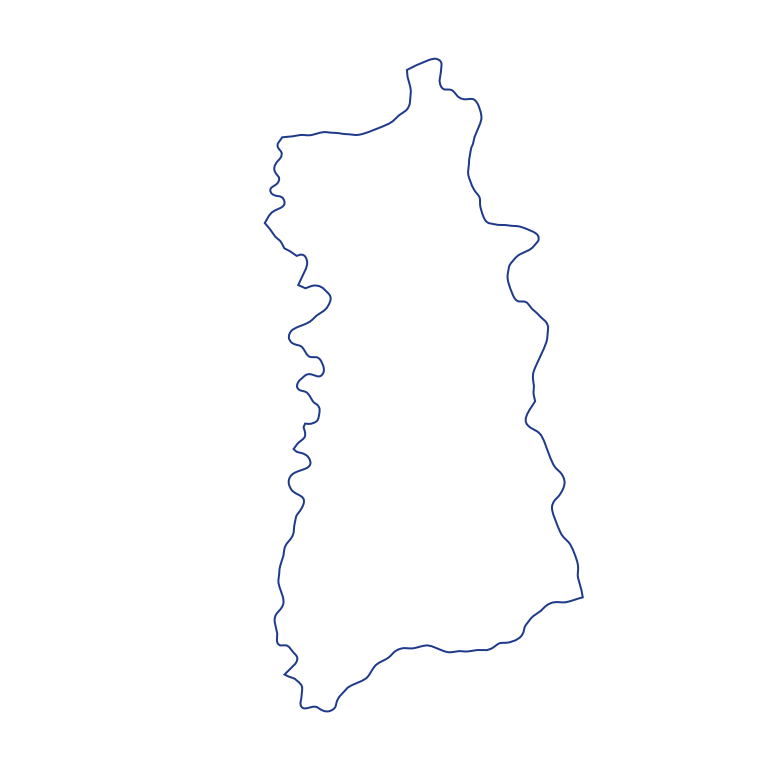 the district of Mao, Valverde, Dominican Republic, rotated 249°
{"feature_id": "3306468B69236034460520", "entity_name": "Mao", "entity_type": "district", "adm_level": 2, "iso_a3": "DOM", "parent_name": "Dominican Republic", "parent_adm1": "Valverde", "projection": "orthographic", "projection_center": [-71.031, 19.524], "detail": "fine", "context": "isolated", "style": "outline", "palette": "blue", "viewbox_px": 768, "rotation_deg": 249, "n_neighbors": 0, "source": "geoboundaries", "source_scale": "gbopen_adm2", "svg_char_len": 6151}
<svg xmlns="http://www.w3.org/2000/svg" viewBox="0 0 768 768"><g transform="rotate(249 384 384)"><path d="M98.6,384.9L98.5,388.8L98.8,391.4L100.3,396.7L100.6,398.8L100.2,400.9L98.3,406.4L97.8,409.2L97.6,415.1L98.4,419.4L99.5,421.9L100.9,423.8L102.6,425.5L106.4,428.0L107.9,429.6L112.3,436.7L113.8,440.1L116.0,449.1L118.5,454.7L119.5,458.4L119.6,462.4L119.2,465.0L118.4,467.4L115.9,472.9L115.1,475.6L114.5,480.0L114.0,489.1L113.6,493.1L120.3,494.4L133.6,495.7L136.3,496.4L141.8,499.0L144.3,499.9L148.5,500.7L154.3,501.0L161.6,501.0L167.3,500.4L170.0,499.7L176.7,496.7L179.5,495.9L182.4,495.5L188.4,495.2L197.6,495.2L202.1,495.3L206.4,495.9L207.8,496.3L210.3,497.4L213.0,499.9L214.4,501.9L216.5,506.5L217.9,508.8L220.5,512.1L222.4,514.1L224.6,515.8L227.0,517.2L228.3,517.6L231.0,518.1L233.6,518.0L236.2,517.6L238.6,516.8L244.0,514.2L248.2,513.2L255.6,512.8L273.6,513.0L279.5,512.4L282.2,511.5L284.6,510.2L290.8,505.1L293.0,503.8L295.4,502.9L298.0,502.9L299.3,503.2L301.5,504.3L304.4,506.7L307.4,510.2L313.7,518.9L320.4,519.9L322.7,520.6L328.2,523.2L335.8,525.0L339.6,526.5L341.9,528.1L345.2,531.0L359.6,545.8L365.0,550.7L367.3,552.3L376.2,556.7L378.4,557.6L379.7,557.8L382.3,557.8L384.7,557.2L389.9,554.5L394.7,552.5L401.2,549.1L407.0,547.3L409.0,546.4L410.5,544.9L412.9,539.2L413.6,538.4L415.6,537.1L418.1,536.5L420.8,536.2L428.0,536.1L435.3,536.6L439.5,537.6L441.8,538.6L448.9,542.9L449.8,543.7L451.2,545.6L454.6,551.8L456.0,555.4L456.4,558.1L457.1,567.6L458.1,571.4L461.3,577.5L462.5,579.4L463.4,580.1L465.7,581.0L468.1,580.8L470.5,579.6L472.6,577.9L477.6,572.8L480.5,569.5L482.3,567.2L483.8,564.7L485.9,559.9L488.8,554.5L491.7,547.4L496.6,539.5L498.6,537.9L501.0,537.1L503.8,536.8L508.0,536.8L513.8,537.3L516.5,537.8L522.0,539.8L524.1,540.1L526.1,539.8L531.5,538.0L537.2,537.2L546.0,537.3L548.9,537.6L551.7,538.4L558.3,541.8L563.0,543.9L572.2,549.4L573.9,550.7L576.1,553.0L582.1,557.0L592.7,567.1L596.2,569.7L598.9,570.9L603.2,571.7L609.0,572.0L611.8,571.9L614.4,571.4L616.7,570.4L617.7,569.6L618.4,568.7L619.3,566.6L620.2,563.3L621.0,561.0L623.0,558.1L625.8,556.0L632.4,553.7L634.2,552.5L635.3,550.9L637.2,546.2L637.9,545.3L639.9,544.2L641.1,543.9L643.5,543.8L647.2,544.5L654.7,548.8L660.9,551.9L662.9,552.6L664.0,552.6L666.2,552.0L667.9,550.5L669.3,548.6L669.7,547.3L670.2,544.6L670.4,541.8L670.0,528.3L669.0,518.0L662.6,516.1L651.9,515.0L647.9,514.1L637.9,509.3L635.7,508.0L633.1,505.4L631.8,503.3L631.3,502.0L629.5,494.4L626.2,486.5L625.3,482.2L624.9,474.7L624.8,459.5L625.1,453.5L625.8,449.2L626.6,446.7L629.5,441.2L631.6,436.5L635.2,430.1L637.3,425.3L640.6,418.7L641.5,414.4L642.2,407.1L642.7,404.2L643.6,401.7L645.7,397.3L646.5,394.9L648.1,387.0L650.8,377.4L646.7,371.3L645.9,370.6L643.9,369.8L641.8,369.9L638.3,371.1L636.5,371.3L635.5,371.0L633.7,370.0L632.9,369.3L631.6,367.5L629.5,363.3L627.3,360.6L625.4,359.2L624.3,358.7L622.0,358.2L619.7,358.4L615.0,359.9L614.0,359.9L612.1,359.2L610.5,357.8L609.3,355.9L608.7,353.8L607.8,349.6L607.4,348.7L606.7,347.9L605.7,347.3L604.6,347.0L602.4,347.2L600.5,348.3L598.4,350.6L596.4,354.2L594.8,355.7L593.8,356.2L591.5,356.6L589.3,356.3L588.2,355.8L587.2,355.1L586.5,354.1L586.0,353.0L585.5,350.7L585.1,344.4L584.3,340.5L582.2,336.8L577.0,330.4L569.8,332.9L560.4,335.3L554.7,338.4L552.1,339.0L546.4,339.6L541.5,343.9L534.9,348.4L534.7,352.6L533.6,354.6L532.7,355.4L531.6,356.0L529.3,356.5L525.5,356.1L523.1,355.0L519.8,352.6L507.1,339.4L501.5,345.0L501.5,350.5L501.2,353.2L500.4,355.7L498.4,358.9L495.6,361.3L488.1,364.7L486.0,365.3L483.5,365.1L481.3,364.0L478.3,361.4L475.8,358.2L474.5,355.7L473.7,353.2L472.0,345.5L469.6,339.8L468.8,337.3L468.2,333.0L468.1,322.7L467.5,318.4L467.1,317.1L465.8,314.9L464.1,313.2L463.1,312.5L460.6,311.6L459.3,311.6L456.8,312.1L455.7,312.6L453.9,314.0L452.4,315.7L449.9,319.2L448.3,320.5L446.1,321.3L439.2,322.6L437.1,323.5L436.3,324.1L435.1,325.8L433.2,330.6L432.5,331.5L430.6,332.8L428.2,333.5L423.1,333.8L420.5,333.5L418.1,332.7L417.0,332.1L415.3,330.4L414.3,328.4L414.2,327.2L414.4,326.0L414.8,324.9L419.1,319.5L420.2,317.4L420.5,315.1L420.1,313.0L417.7,306.5L416.4,304.5L414.8,302.9L412.9,301.9L411.7,301.7L409.6,302.3L408.0,303.6L405.1,307.7L403.5,309.0L400.2,310.2L394.2,311.2L392.1,311.8L391.2,312.3L389.0,314.0L387.1,314.8L384.9,315.0L383.7,314.9L380.6,313.6L375.8,310.7L374.1,309.1L373.5,308.0L372.9,305.6L373.0,301.8L373.7,299.4L375.3,296.2L372.5,293.4L368.8,293.2L366.4,292.8L364.3,292.0L363.3,291.3L362.5,290.4L361.5,288.4L360.1,283.8L359.0,281.4L355.7,276.3L353.7,277.2L351.9,278.3L348.0,283.7L345.3,286.0L344.2,286.6L341.8,287.4L339.3,287.6L336.9,287.2L335.8,286.6L334.8,285.8L334.1,284.8L333.3,282.5L333.1,280.1L333.3,272.1L333.2,269.4L332.8,266.8L331.8,264.3L330.3,262.3L328.4,260.7L325.9,259.6L323.3,259.2L320.7,259.3L318.1,259.8L316.8,260.3L314.5,261.7L309.6,265.9L307.6,267.2L305.3,267.8L302.9,267.2L300.8,265.9L298.0,263.2L295.6,260.0L293.1,255.9L291.6,254.3L283.5,249.2L277.8,246.5L275.0,244.2L272.8,241.3L269.8,235.9L267.4,233.1L265.4,231.7L259.8,228.6L252.2,222.5L248.8,220.2L244.1,218.0L238.7,215.1L236.2,214.2L232.2,213.7L221.3,213.3L218.7,212.8L216.2,212.0L214.1,210.7L212.4,208.9L211.0,207.0L208.2,201.6L206.7,199.7L203.7,197.6L201.2,196.7L189.3,194.9L183.1,192.2L182.0,191.9L179.8,191.8L177.9,192.7L177.2,193.4L175.1,198.9L174.4,199.8L172.6,201.1L165.9,203.2L162.0,204.8L159.8,205.0L158.7,204.7L156.8,203.6L154.6,201.0L148.4,187.0L144.9,190.3L142.1,193.7L140.5,195.2L135.6,197.9L132.5,199.0L130.3,198.9L128.3,198.2L120.8,194.5L116.0,191.6L113.8,191.1L112.7,191.2L111.6,191.5L110.6,192.1L109.9,193.0L109.4,194.0L108.9,196.1L108.2,201.9L107.5,204.0L106.2,205.8L102.7,208.3L101.0,209.9L99.5,211.8L98.5,214.1L98.2,215.3L98.1,217.8L98.5,220.2L99.5,222.3L100.3,223.2L104.8,226.4L107.2,229.0L108.5,231.1L113.5,241.2L114.3,245.5L114.8,257.2L115.5,261.5L116.0,262.8L117.3,265.3L122.3,271.8L124.4,275.3L125.5,279.2L126.4,287.3L126.9,289.9L127.7,292.3L130.3,297.8L130.8,300.4L131.0,303.0L130.8,305.7L130.2,308.3L127.7,313.8L126.9,316.1L126.4,318.7L125.5,326.8L124.5,330.7L122.3,334.3L113.4,343.9L111.6,346.2L110.2,348.6L109.4,351.1L107.6,358.8L105.0,364.3L104.2,366.7L102.2,375.8L98.6,384.9Z" fill="none" stroke="#1e3a8a" stroke-width="2"/></g></svg>